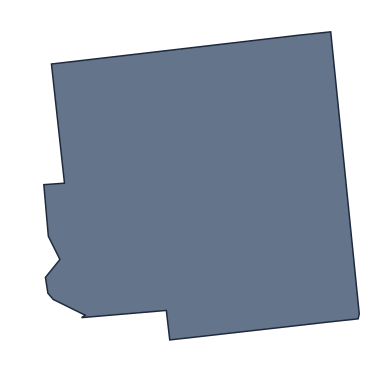 Richland, Illinois, United States of America (Albers equal-area conic projection), rotated 354°
{"feature_id": "52423323B13866918129633", "entity_name": "Richland", "entity_type": "district", "adm_level": 2, "iso_a3": "USA", "parent_name": "United States of America", "parent_adm1": "Illinois", "projection": "albers", "projection_center": [-88.143, 38.71], "detail": "fine", "context": "isolated", "style": "filled", "palette": "slate", "viewbox_px": 384, "rotation_deg": 354, "n_neighbors": 0, "source": "geoboundaries", "source_scale": "gbopen_adm2", "svg_char_len": 373}
<svg xmlns="http://www.w3.org/2000/svg" viewBox="0 0 384 384"><g transform="rotate(354 192 192)"><path d="M346.7,47.2L316.3,47.2L65.6,50.0L66.1,169.9L45.4,169.2L44.5,221.0L53.6,245.3L37.3,261.6L38.1,277.6L42.8,284.4L72.9,303.4L69.0,305.4L154.1,307.1L154.4,336.8L310.5,335.6L344.0,335.5L345.6,330.6L346.7,47.2Z" fill="#64748b" stroke="#1e293b" stroke-width="1.5"/></g></svg>